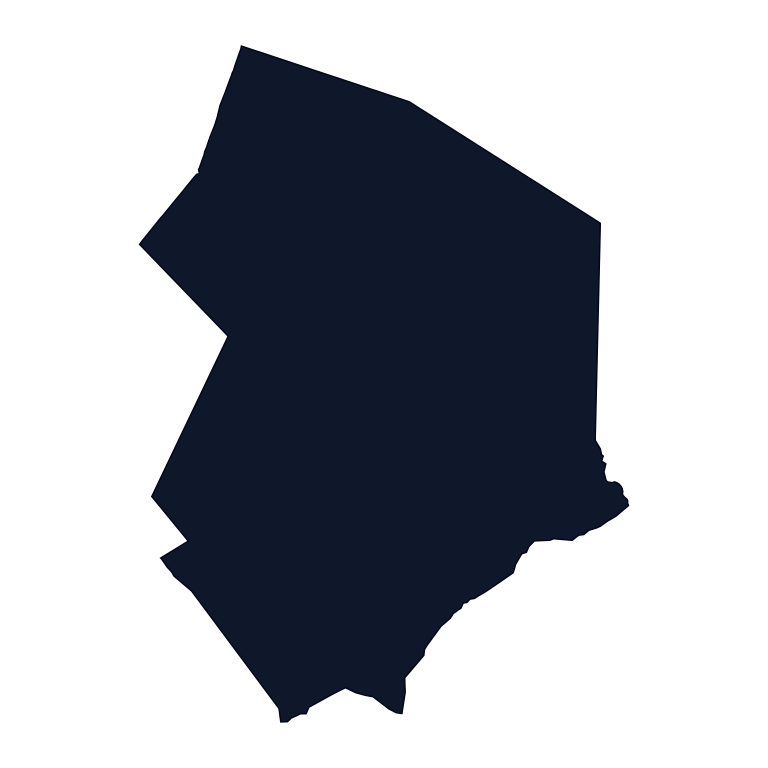 Pinotepa de Don Luis, Oaxaca, Mexico
{"feature_id": "50627088B98184745232294", "entity_name": "Pinotepa de Don Luis", "entity_type": "district", "adm_level": 2, "iso_a3": "MEX", "parent_name": "Mexico", "parent_adm1": "Oaxaca", "projection": "equal_earth", "projection_center": [-97.962, 16.403], "detail": "fine", "context": "isolated", "style": "filled", "palette": "ink", "viewbox_px": 768, "rotation_deg": 0, "n_neighbors": 0, "source": "geoboundaries", "source_scale": "gbopen_adm2", "svg_char_len": 1725}
<svg xmlns="http://www.w3.org/2000/svg" viewBox="0 0 768 768"><path d="M241.4,46.1L240.9,48.9L238.4,55.8L234.7,66.4L233.6,70.3L232.2,73.1L231.7,75.0L229.7,80.1L224.7,93.7L224.1,95.2L220.1,105.3L217.3,117.0L214.8,125.0L214.6,125.5L209.8,137.6L207.0,146.0L207.0,146.4L204.8,151.4L204.1,154.7L199.4,167.9L198.5,169.4L199.4,173.6L196.7,174.3L193.8,177.6L181.8,192.4L173.3,202.7L162.7,215.7L160.7,217.9L158.9,220.1L149.2,232.2L143.5,239.3L143.0,239.8L139.6,244.4L228.2,336.2L151.8,496.5L188.3,541.1L160.7,558.0L162.1,559.6L164.2,562.7L167.4,567.4L170.2,570.3L172.0,572.5L173.9,575.9L175.8,577.6L191.6,591.0L279.0,708.5L280.8,721.9L287.4,721.7L291.2,718.1L300.4,713.8L306.1,713.7L308.9,707.2L320.7,700.7L330.6,695.2L338.1,691.3L345.4,687.7L355.8,692.7L365.3,695.3L373.0,696.7L388.8,708.8L396.2,712.7L401.9,713.5L405.2,692.1L404.9,684.9L404.7,677.8L423.8,655.4L424.5,649.5L427.1,645.2L441.0,626.2L450.3,618.2L453.3,613.5L457.2,610.7L461.1,608.0L463.1,603.1L467.0,602.4L469.8,599.2L474.5,598.4L478.1,596.0L485.8,591.5L500.8,581.3L513.2,572.7L515.7,564.1L521.7,553.8L526.4,552.3L528.8,546.6L534.4,540.9L550.0,540.2L553.7,538.7L572.1,540.3L578.7,535.2L583.9,534.5L588.7,530.3L593.9,528.7L596.3,528.0L600.2,526.3L607.2,521.3L616.0,516.1L619.5,513.1L628.4,505.6L628.2,504.2L627.5,503.8L627.7,500.8L627.1,499.4L625.0,497.6L623.0,495.4L622.4,493.4L622.8,491.6L622.1,488.3L620.9,486.2L618.9,484.0L616.7,482.6L614.6,481.9L612.1,482.7L609.9,482.3L607.8,482.0L606.4,480.9L605.9,479.9L603.9,471.9L605.8,463.9L601.7,461.2L603.0,456.5L603.2,456.1L601.5,454.6L600.3,448.9L595.4,440.7L595.2,438.6L600.3,223.2L505.4,162.9L409.2,101.8L367.6,88.0L309.7,68.8L291.8,62.8L282.5,59.7L241.4,46.1Z" fill="#0f172a" stroke="#020617" stroke-width="1.5"/></svg>